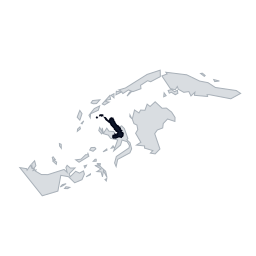 Indonesia, with Sulawesi Selatan highlighted, rotated 141°
{"feature_id": "IDN-1236", "entity_name": "Sulawesi Selatan", "entity_type": "Province", "adm_level": 1, "iso_a3": "IDN", "parent_name": "Indonesia", "parent_adm1": "", "projection": "natural_earth1", "projection_center": [120.285, -4.627], "detail": "fine", "context": "in_parent", "style": "filled", "palette": "ink", "viewbox_px": 256, "rotation_deg": 141, "n_neighbors": 0, "source": "natural_earth", "source_scale": "10m", "svg_char_len": 7341}
<svg xmlns="http://www.w3.org/2000/svg" viewBox="0 0 256 256"><g transform="rotate(141 128 128)"><path d="M87.4,103.6L91.6,110.1L97.8,109.3L101.0,106.2L106.5,108.0L110.8,106.8L116.4,91.6L123.2,90.8L126.4,94.4L122.9,94.8L127.8,102.0L126.4,103.6L132.2,109.4L127.0,108.8L125.4,119.1L121.4,120.6L119.2,124.7L120.6,127.6L119.1,132.2L111.6,137.9L110.0,132.8L106.9,134.0L103.7,131.1L98.1,134.5L97.3,130.8L90.4,131.3L89.1,121.9L85.6,119.3L84.1,112.9L84.8,106.6L87.4,103.6ZM18.7,84.0L29.7,86.0L43.8,102.7L45.6,104.1L46.3,102.4L55.8,111.6L53.5,113.7L58.9,113.3L57.8,118.0L62.2,120.6L64.5,126.4L63.6,129.2L67.2,128.0L70.3,132.0L68.9,147.1L63.6,145.4L63.5,147.5L48.9,132.4L42.8,119.4L37.3,112.9L34.6,104.5L20.3,89.0L18.7,84.0ZM237.3,129.3L237.0,165.3L232.4,160.2L233.0,158.7L227.1,160.5L228.1,156.9L226.5,155.0L227.1,154.7L228.0,154.9L228.6,154.7L225.8,153.3L227.1,152.8L224.6,146.3L219.6,142.2L203.8,136.0L203.2,131.8L201.1,136.4L198.8,137.3L198.0,133.1L194.3,130.3L202.6,129.4L203.6,126.5L195.9,127.3L194.1,123.5L189.6,122.7L190.9,119.6L196.3,116.8L203.9,119.0L204.9,127.6L210.0,133.5L222.2,123.1L237.3,129.3ZM160.4,109.3L155.0,113.2L139.8,111.9L137.9,113.4L137.3,117.9L140.2,122.4L144.6,119.4L153.5,119.2L143.5,125.2L148.0,130.9L147.8,134.9L150.8,139.2L144.6,141.2L144.8,137.5L141.3,134.3L142.1,130.1L140.1,129.6L138.3,131.2L139.1,145.8L134.9,145.9L135.2,137.2L134.5,134.3L131.6,133.7L131.2,129.9L134.7,119.9L136.3,119.6L135.7,115.3L138.3,109.5L142.2,107.5L155.8,110.1L161.5,105.5L160.4,109.3ZM70.5,147.6L81.3,149.7L83.0,152.4L91.3,153.3L93.2,150.4L101.4,153.2L103.7,157.3L110.3,158.0L110.3,161.4L111.2,163.4L104.8,160.7L79.4,157.6L66.6,152.7L70.5,147.6ZM174.0,110.2L178.6,106.1L176.5,110.8L179.6,113.7L174.8,113.2L177.3,119.8L173.8,116.2L172.6,108.5L175.5,102.7L174.0,110.2ZM176.2,130.7L187.6,132.2L188.7,136.2L184.1,133.3L177.7,133.9L175.9,132.3L174.8,134.2L176.2,130.7ZM150.3,162.5L142.0,164.3L136.1,163.0L139.9,160.5L148.1,162.6L150.9,159.7L150.3,162.5ZM126.3,160.0L131.9,160.8L132.9,162.9L121.7,164.7L123.5,161.2L127.3,163.2L128.6,162.4L126.3,160.0ZM160.5,164.4L160.7,168.4L154.4,172.0L154.7,168.1L160.5,164.4ZM70.3,124.1L71.8,128.5L74.0,129.1L73.2,131.9L70.0,130.5L69.0,126.9L65.9,126.2L67.4,123.6L70.3,124.1ZM225.4,160.7L221.2,161.3L223.3,156.7L226.6,155.8L227.6,157.5L225.4,160.7ZM137.1,166.8L139.7,168.7L140.9,170.8L138.2,171.6L132.1,167.6L137.1,166.8ZM169.8,131.9L171.6,135.0L169.0,136.0L166.0,133.8L166.1,132.0L169.8,131.9ZM110.6,160.1L116.5,161.4L113.9,163.9L110.6,160.1ZM119.9,160.3L120.7,164.1L117.3,163.5L119.9,160.3ZM80.6,129.8L77.8,132.6L78.0,129.1L80.6,129.8ZM206.6,144.9L207.3,149.7L206.0,149.9L204.9,146.4L206.6,144.9ZM108.7,153.4L104.2,154.9L102.3,154.0L108.7,153.4ZM152.2,140.0L152.3,144.4L149.7,146.2L150.7,140.4L152.2,140.0ZM27.4,107.0L31.4,109.5L30.9,111.7L27.4,107.0ZM37.3,124.7L35.7,123.8L35.0,120.2L36.2,120.1L37.3,124.7ZM191.1,159.1L190.2,157.4L192.6,154.2L192.5,157.1L191.1,159.1ZM186.6,115.3L191.3,116.5L186.0,116.0L186.6,115.3ZM158.2,124.0L162.4,125.2L157.7,125.1L158.2,124.0ZM150.2,142.2L147.9,144.3L149.9,140.4L150.2,142.2ZM210.6,118.5L213.1,118.9L215.4,120.9L213.2,121.4L210.6,118.5ZM169.5,157.3L167.9,158.9L164.7,159.1L165.5,157.3L169.5,157.3ZM206.4,150.5L205.4,152.8L204.3,152.7L204.4,149.1L206.4,150.5ZM176.0,124.0L173.2,124.4L172.4,123.7L173.6,122.2L176.0,124.0ZM211.1,123.7L214.5,124.0L217.8,124.8L214.7,125.3L211.1,123.7ZM150.9,121.4L153.8,122.9L150.8,123.6L150.9,121.4ZM178.3,102.5L176.3,102.1L178.2,100.5L178.3,102.5ZM157.9,161.4L161.1,160.1L161.5,161.0L157.9,161.4ZM186.6,124.2L186.0,126.2L183.6,125.2L184.8,124.6L186.6,124.2ZM119.4,135.7L118.2,137.0L119.2,132.8L119.4,135.7ZM173.2,116.6L174.7,119.3L174.2,119.7L171.9,117.6L173.2,116.6Z" fill="#d9dde1" stroke="#a8b0b8" stroke-width="1"/><path d="M142.2,131.0L142.2,130.9L142.1,130.6L142.0,130.4L141.9,130.5L141.7,130.5L141.8,130.4L141.9,130.2L142.0,130.3L142.1,130.2L142.0,129.8L142.0,129.7L141.9,129.7L141.3,129.5L141.1,129.5L141.0,129.4L140.8,129.3L140.7,129.3L140.4,129.4L140.3,129.5L140.1,129.6L139.9,129.7L139.8,129.8L139.7,129.9L139.7,130.0L138.4,130.9L138.2,131.1L138.0,131.3L138.1,131.6L138.3,131.7L138.3,132.0L138.4,132.4L138.5,132.4L138.7,132.5L138.9,132.6L138.9,132.8L139.0,132.9L138.9,133.1L139.0,133.3L138.9,133.4L138.9,133.6L139.0,133.7L139.0,133.8L138.9,133.9L138.9,134.2L138.9,134.3L139.0,134.6L139.0,135.1L139.1,135.3L139.2,135.5L138.9,136.0L138.7,136.4L138.7,136.6L138.7,137.6L138.8,137.8L138.8,138.1L138.8,138.4L138.8,138.5L138.9,138.8L138.8,139.1L138.8,139.3L138.9,139.5L138.9,139.8L138.9,140.1L139.0,140.3L139.1,140.5L139.0,140.8L138.9,141.4L138.9,141.5L138.7,141.6L138.5,141.8L138.5,142.5L138.4,143.2L138.3,143.3L138.5,143.7L138.5,143.8L138.6,144.0L138.8,144.4L138.9,144.5L139.1,145.5L139.2,145.9L139.2,146.0L139.1,145.9L138.8,145.7L138.7,145.4L138.4,145.4L138.3,145.5L138.2,145.5L137.9,145.7L137.6,145.8L137.4,145.8L137.1,145.7L136.8,145.6L136.7,145.7L136.3,146.0L136.2,146.3L135.9,146.4L135.7,146.4L135.3,146.3L135.3,146.2L135.2,145.9L135.1,146.0L134.9,146.1L134.9,145.9L134.7,145.7L134.4,145.7L134.5,145.8L134.4,145.8L134.3,145.7L134.3,145.4L134.2,145.2L134.1,144.9L134.0,144.7L133.9,144.5L134.0,144.2L134.0,143.7L134.1,143.4L134.2,143.2L134.4,143.0L134.4,142.9L134.5,142.8L134.5,142.6L134.7,142.1L134.8,141.9L134.6,141.2L134.7,140.9L134.8,140.7L135.0,140.2L135.1,139.3L135.2,138.9L135.2,138.7L135.1,138.4L135.1,138.2L135.2,137.9L135.2,137.7L135.2,137.4L135.2,137.2L135.3,137.0L135.3,136.9L135.1,136.9L135.1,137.0L135.0,136.8L134.9,136.7L134.7,136.0L134.6,135.9L134.6,135.6L134.4,135.4L134.5,135.2L134.5,134.9L134.7,134.7L134.6,134.2L134.5,133.8L134.5,133.5L134.4,133.4L134.4,133.0L134.4,132.9L134.2,132.8L134.2,132.6L134.3,132.5L134.5,132.5L134.8,132.3L135.0,132.2L135.3,132.1L135.1,131.8L134.8,130.9L134.8,130.7L134.8,130.4L134.7,130.1L134.8,130.1L135.0,130.1L135.3,130.1L135.7,130.0L135.9,129.9L136.0,129.8L136.0,129.7L135.9,129.6L135.9,129.3L135.8,129.1L135.8,128.8L135.8,128.7L135.7,128.6L135.7,128.4L135.7,128.2L135.6,127.9L135.5,127.7L135.3,127.6L135.2,127.6L135.3,127.1L135.3,126.9L135.8,126.4L136.0,126.4L136.2,126.2L136.4,125.7L136.6,125.6L136.9,125.4L137.2,125.2L137.3,125.1L137.5,125.1L137.8,125.2L138.4,125.4L138.6,125.4L138.8,125.1L139.0,125.0L139.7,126.1L139.8,126.3L140.0,126.5L140.7,127.1L140.9,127.2L143.5,127.9L143.9,128.1L144.1,128.2L144.4,128.6L144.7,128.9L144.9,129.0L145.4,129.3L145.5,129.4L145.5,129.5L145.6,129.8L145.6,130.0L145.5,130.4L144.7,131.2L144.4,131.5L144.2,131.6L143.9,131.4L143.5,131.1L143.1,130.8L143.0,130.7L142.9,130.7L142.6,130.8L142.4,130.8L142.2,131.0ZM139.6,147.7L139.7,148.0L139.7,148.4L139.7,148.7L139.6,149.0L139.6,149.4L139.6,149.7L139.5,149.9L139.4,150.1L139.4,150.5L139.2,150.3L139.2,150.2L139.3,149.6L139.2,149.5L139.1,149.4L139.1,149.1L139.2,148.9L139.2,148.5L139.1,147.9L139.2,147.2L139.3,146.8L139.4,147.0L139.5,147.2L139.5,147.3L139.6,147.7ZM140.6,154.0L140.7,153.9L140.8,153.9L140.8,154.0L140.7,154.3L140.4,154.3L140.2,154.4L140.0,154.2L139.9,154.2L139.7,154.1L139.8,154.0L140.0,154.0L140.0,153.9L140.0,153.7L140.3,153.9L140.6,154.0L140.6,154.0ZM141.6,155.2L141.9,155.2L142.0,155.2L142.1,155.3L141.9,155.4L141.8,155.5L141.7,155.4L141.3,155.3L141.2,155.2L141.1,155.3L140.9,155.3L140.8,155.2L141.0,155.1L141.6,155.2ZM145.5,155.5L145.8,155.6L145.8,155.8L145.7,155.8L145.4,155.9L145.4,155.7L145.5,155.6L145.5,155.5Z" fill="#0f172a" stroke="#020617" stroke-width="1.5"/></g></svg>